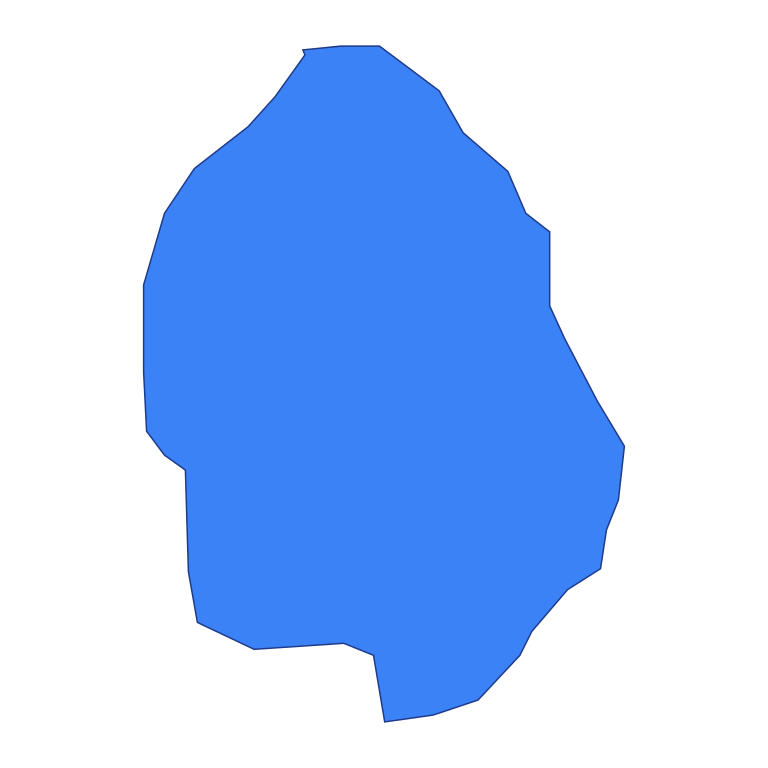 Olofström, Blekinge, Sweden (Mercator projection)
{"feature_id": "70781695B37822340313581", "entity_name": "Olofström", "entity_type": "district", "adm_level": 2, "iso_a3": "SWE", "parent_name": "Sweden", "parent_adm1": "Blekinge", "projection": "mercator", "projection_center": [14.59, 56.351], "detail": "fine", "context": "isolated", "style": "filled", "palette": "blue", "viewbox_px": 768, "rotation_deg": 0, "n_neighbors": 0, "source": "geoboundaries", "source_scale": "gbopen_adm2", "svg_char_len": 628}
<svg xmlns="http://www.w3.org/2000/svg" viewBox="0 0 768 768"><path d="M148.9,434.3L164.5,455.2L185.4,470.1L188.4,571.6L197.4,622.4L203.8,625.5L254.1,649.3L343.7,643.3L373.5,655.3L384.7,721.9L433.3,715.0L478.1,700.0L478.9,699.1L519.9,655.3L531.8,631.4L567.6,589.6L600.5,568.7L606.5,529.8L618.4,500.0L624.4,446.2L597.5,401.4L564.7,338.7L549.7,305.9L549.7,231.9L525.8,213.3L507.9,171.5L463.1,132.7L439.2,90.9L415.4,73.0L401.9,62.9L379.5,46.1L340.7,46.1L302.9,49.9L304.9,55.0L275.0,96.8L248.1,126.7L194.4,168.5L164.5,213.3L143.6,285.0L143.6,371.6L146.6,431.3L148.9,434.3Z" fill="#3b82f6" stroke="#1e3a8a" stroke-width="1.5"/></svg>